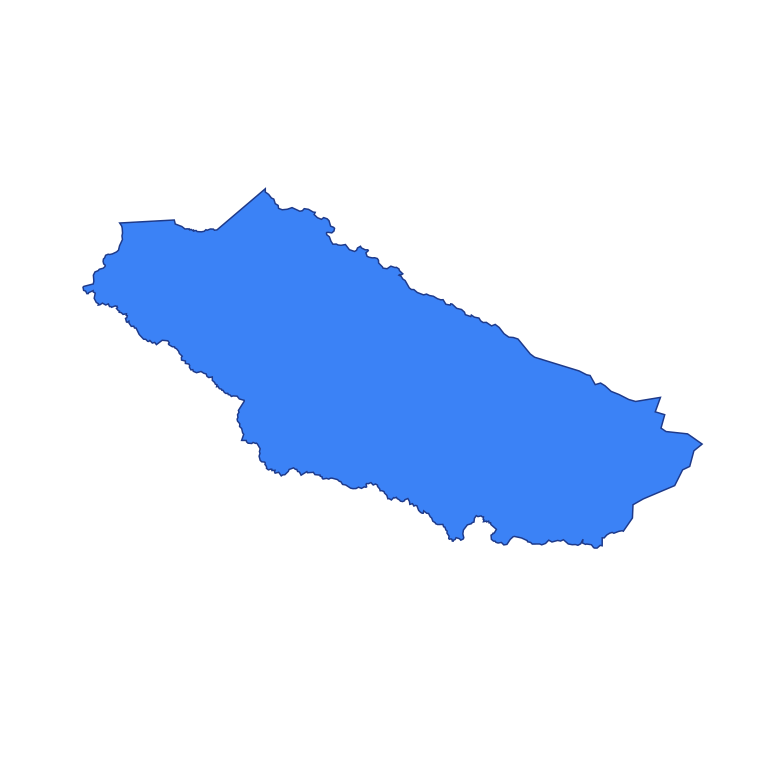 Iglesia, San Juan, Argentina, rotated 295°
{"feature_id": "61730980B72303812021480", "entity_name": "Iglesia", "entity_type": "district", "adm_level": 2, "iso_a3": "ARG", "parent_name": "Argentina", "parent_adm1": "San Juan", "projection": "albers", "projection_center": [-69.7, -29.592], "detail": "fine", "context": "isolated", "style": "filled", "palette": "blue", "viewbox_px": 768, "rotation_deg": 295, "n_neighbors": 0, "source": "geoboundaries", "source_scale": "gbopen_adm2", "svg_char_len": 6128}
<svg xmlns="http://www.w3.org/2000/svg" viewBox="0 0 768 768"><g transform="rotate(295 384 384)"><path d="M501.5,222.5L498.9,218.1L498.6,214.2L501.1,212.6L501.5,209.2L505.0,206.0L505.0,203.3L507.1,199.3L507.8,195.3L510.8,193.9L453.1,167.5L451.7,165.3L452.3,164.0L451.1,161.1L448.6,158.7L448.6,157.4L446.4,156.5L444.7,154.1L443.2,150.3L443.7,148.8L442.2,146.8L443.0,146.3L442.3,145.8L442.6,144.0L441.9,143.2L442.2,142.4L441.6,142.4L441.9,141.0L440.4,138.1L441.3,134.2L440.8,127.2L444.0,124.6L418.2,76.4L416.3,79.5L414.7,80.8L410.2,83.3L407.5,83.9L404.4,85.9L397.5,85.9L393.1,86.8L390.7,85.8L387.2,82.9L385.5,80.8L385.0,79.1L383.0,77.3L380.3,77.5L378.7,76.9L376.4,77.6L374.4,79.2L373.8,81.2L372.5,81.5L370.3,80.6L367.7,77.5L365.9,77.0L363.4,74.7L359.8,74.6L354.5,77.6L351.8,78.2L345.6,70.7L344.5,70.3L341.9,72.2L342.1,74.3L340.3,76.6L341.0,77.8L341.9,77.7L345.7,80.9L344.6,81.5L344.3,83.9L339.2,85.1L336.3,88.8L336.1,91.3L334.7,91.6L335.9,93.2L338.3,94.6L338.0,98.4L340.1,100.3L338.2,102.5L338.7,103.8L338.4,104.7L341.3,107.5L341.2,108.5L341.7,109.1L340.6,110.2L339.4,109.6L338.2,112.3L338.2,113.5L337.1,113.7L337.6,115.7L336.8,118.1L338.8,120.9L337.3,121.3L337.4,122.5L335.4,122.9L334.2,122.0L331.4,124.4L331.4,125.2L333.1,126.2L331.4,127.2L329.4,130.6L330.6,132.8L329.3,134.2L329.9,135.7L325.4,141.2L323.0,147.2L323.8,149.2L322.8,151.8L323.2,152.9L324.5,153.4L323.2,156.7L324.8,158.6L323.5,161.1L329.9,164.5L331.8,169.8L330.6,172.0L329.2,171.7L328.7,172.5L328.3,176.3L329.1,178.5L328.3,179.2L328.3,181.0L326.9,184.0L325.2,185.6L323.9,189.4L322.5,189.1L320.1,190.4L320.9,194.3L318.7,195.3L319.6,198.7L318.7,200.0L317.0,200.5L315.2,203.1L316.2,204.6L314.9,205.8L315.0,209.3L318.0,212.9L317.6,216.2L318.0,218.5L316.1,220.4L315.8,222.5L317.8,225.4L314.7,226.9L313.8,229.9L312.6,231.1L312.7,233.0L310.8,233.4L311.7,234.6L310.2,236.7L310.6,239.0L309.8,239.7L310.2,240.9L308.9,242.8L308.6,244.6L309.5,246.4L308.6,247.3L309.0,249.1L308.2,250.9L309.4,252.3L310.9,256.0L309.3,259.2L310.1,264.2L309.2,264.6L298.5,263.2L297.1,264.5L294.3,264.2L291.9,265.8L290.1,265.7L288.5,266.9L287.0,270.1L284.4,271.1L283.5,273.8L280.0,276.5L279.2,278.1L272.7,278.8L274.6,283.0L273.5,283.9L272.9,285.8L274.2,289.3L275.7,290.0L275.9,292.7L276.5,293.5L276.1,294.6L273.0,299.1L270.0,299.7L268.8,300.9L265.8,301.3L262.5,304.0L261.8,306.0L262.8,308.9L262.3,309.7L260.6,310.2L260.5,311.0L259.0,312.8L257.9,313.1L257.3,315.5L259.0,317.4L259.3,318.4L258.2,319.0L259.7,321.7L258.1,321.9L257.2,323.0L259.5,325.9L257.3,329.7L258.8,330.6L259.9,332.5L264.4,334.2L266.4,334.1L269.8,337.5L269.2,339.7L269.7,341.0L268.2,342.7L268.6,343.8L268.2,345.0L266.3,347.4L272.0,351.1L271.2,352.1L274.1,357.3L272.7,359.7L274.4,364.7L273.5,365.1L273.6,367.3L272.6,367.7L272.1,368.9L274.2,371.8L274.5,374.2L275.9,375.1L276.7,376.6L277.7,382.2L276.9,384.7L277.3,386.0L275.5,388.9L276.3,391.9L275.5,397.7L276.0,400.0L277.4,402.8L279.7,404.5L279.9,407.7L282.4,409.6L282.8,411.3L283.5,411.7L285.6,410.1L286.4,410.3L287.1,412.0L289.1,413.8L287.9,416.9L289.8,418.6L289.6,420.8L288.4,421.5L287.1,424.4L285.6,425.6L286.4,427.2L286.5,429.5L285.4,430.5L284.3,433.6L281.6,436.0L282.3,437.1L282.0,439.7L285.1,440.8L285.2,441.8L286.5,443.1L285.7,444.4L285.5,446.9L284.8,448.4L285.3,450.6L286.8,451.9L287.9,451.8L290.3,454.0L288.3,456.7L285.8,458.3L287.6,460.4L286.0,462.7L287.2,463.7L287.6,465.2L284.1,468.8L283.1,471.4L283.0,473.2L283.5,474.2L285.8,473.6L284.9,477.3L285.5,479.1L283.2,482.0L282.7,483.8L280.3,486.2L279.9,489.1L279.2,489.8L279.3,492.0L281.6,496.7L279.8,498.4L280.0,499.7L277.8,501.8L277.4,503.4L275.5,504.1L273.6,507.2L271.2,508.0L271.0,509.0L271.9,510.1L271.9,511.2L270.5,512.3L270.8,513.1L271.6,512.9L273.2,514.2L275.2,514.3L275.7,517.8L274.9,519.6L277.0,521.3L278.4,521.3L281.5,518.8L285.2,517.7L291.6,519.1L294.3,522.2L295.8,522.6L296.9,523.9L300.5,522.7L303.7,523.3L303.5,525.2L305.5,527.7L305.1,529.3L305.6,530.3L303.2,531.1L303.1,532.0L301.2,532.3L302.9,534.7L302.4,535.3L303.9,536.8L302.5,538.0L303.3,539.2L301.8,540.3L299.8,547.3L295.6,546.9L294.7,545.8L294.0,546.0L292.2,544.9L288.6,547.0L287.9,549.6L288.5,551.3L287.8,552.3L288.1,554.6L290.0,557.3L288.8,560.6L290.6,563.2L296.6,564.1L300.2,565.6L301.0,566.7L302.6,573.7L302.6,580.0L301.7,580.8L302.4,583.8L301.6,586.0L304.8,592.7L304.9,594.9L307.8,597.8L312.1,599.3L311.8,603.0L315.6,607.5L316.3,610.4L318.7,612.4L316.9,618.6L317.9,622.5L319.4,625.3L319.8,627.9L322.3,629.8L327.5,630.0L323.8,630.9L323.8,634.4L324.6,635.3L326.0,639.9L324.3,643.1L324.3,644.2L325.4,646.5L329.1,648.1L329.6,650.1L336.8,646.8L337.6,648.6L341.3,649.7L344.2,651.6L345.9,653.5L345.9,655.4L349.7,659.1L351.7,661.9L351.7,663.1L367.5,665.8L379.8,660.7L389.5,667.6L414.8,690.4L432.4,690.9L438.5,695.9L454.4,693.1L464.0,697.7L467.1,680.2L460.1,659.7L461.1,653.7L474.8,651.4L473.4,641.6L488.7,640.2L474.5,619.4L473.4,612.4L473.8,601.4L473.3,593.0L475.8,585.0L476.4,579.9L472.7,575.7L478.8,567.2L478.0,563.7L478.3,555.3L471.9,509.2L473.0,503.9L481.4,486.4L480.8,481.5L479.2,477.3L480.3,471.5L483.9,464.5L485.0,459.6L482.1,456.9L483.1,450.7L481.6,447.8L482.1,444.9L483.9,442.2L482.8,437.7L483.4,434.0L481.8,434.1L481.2,428.4L483.1,426.6L484.3,422.8L483.3,417.9L485.2,412.1L484.9,410.6L483.5,410.6L482.4,406.4L485.4,401.9L484.3,399.9L483.9,396.4L484.4,391.7L483.4,387.7L483.5,384.6L481.5,382.2L481.0,375.5L482.2,371.2L481.2,368.8L481.8,366.3L486.7,359.4L487.1,356.7L488.9,353.8L488.9,351.5L489.8,351.9L490.6,353.8L491.8,354.5L493.3,350.1L494.6,348.9L495.0,346.0L494.2,344.7L493.7,340.4L489.8,338.1L488.6,334.1L489.4,333.2L491.4,328.0L493.8,326.7L494.9,324.9L494.5,322.2L493.4,320.2L492.6,316.9L492.6,314.7L495.2,312.2L498.2,313.4L498.8,312.6L497.7,310.3L497.8,306.0L498.9,304.5L496.1,302.5L493.6,302.6L491.7,301.3L491.1,295.9L494.1,290.1L491.5,286.4L490.6,283.6L490.7,281.7L489.1,278.6L490.9,275.7L494.3,272.3L495.1,269.0L496.4,268.1L497.0,268.0L497.8,269.1L498.9,272.8L501.5,274.0L504.2,273.4L504.7,272.1L504.5,268.9L508.8,265.1L509.7,262.6L509.3,259.0L506.8,257.7L506.6,253.4L508.0,249.1L510.5,249.1L509.9,247.0L510.4,241.8L509.2,237.6L506.6,236.8L505.0,234.7L505.0,226.1L501.5,222.5Z" fill="#3b82f6" stroke="#1e3a8a" stroke-width="1.5"/></g></svg>